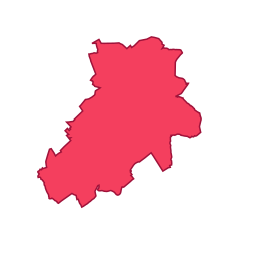 outline of Yauhquemehcan, Tlaxcala, Mexico, rotated 200°
{"feature_id": "50627088B44555224018793", "entity_name": "Yauhquemehcan", "entity_type": "district", "adm_level": 2, "iso_a3": "MEX", "parent_name": "Mexico", "parent_adm1": "Tlaxcala", "projection": "robinson", "projection_center": [-98.182, 19.403], "detail": "fine", "context": "isolated", "style": "filled", "palette": "rose", "viewbox_px": 256, "rotation_deg": 200, "n_neighbors": 0, "source": "geoboundaries", "source_scale": "gbopen_adm2", "svg_char_len": 5582}
<svg xmlns="http://www.w3.org/2000/svg" viewBox="0 0 256 256"><g transform="rotate(200 128 128)"><path d="M122.4,218.1L124.6,218.4L125.4,220.2L129.7,222.5L133.9,222.2L137.2,221.6L139.4,219.3L140.6,218.0L147.2,214.0L150.3,207.4L152.1,204.9L154.0,206.4L156.2,202.2L161.8,204.5L164.1,204.6L165.5,204.9L170.1,202.9L176.7,200.4L179.0,199.5L182.2,198.4L185.6,201.3L190.8,195.2L186.9,196.7L186.6,196.4L186.4,195.7L185.8,194.8L185.4,194.1L184.2,192.5L183.7,192.1L183.2,191.4L183.0,189.8L182.8,189.2L182.3,188.5L183.1,187.8L183.6,187.3L184.6,187.3L185.2,187.1L185.9,186.8L186.7,186.0L188.1,185.3L189.1,184.5L190.0,184.2L189.7,183.4L189.4,183.0L189.2,182.8L189.1,182.5L189.0,182.2L186.6,179.4L185.9,178.2L177.1,168.1L176.7,167.5L177.8,165.3L178.1,165.1L178.8,163.3L179.6,160.1L178.4,159.9L177.8,159.9L177.6,160.1L177.3,160.0L177.1,159.7L176.8,159.6L176.7,159.5L176.2,157.6L176.2,156.9L175.2,156.6L174.7,156.5L174.3,156.5L173.7,155.9L173.4,155.8L172.8,155.8L172.3,155.9L172.0,156.0L171.3,156.0L167.9,156.3L168.5,155.3L170.1,153.4L171.3,151.7L171.2,151.1L171.0,149.9L170.7,148.7L170.6,148.3L170.7,147.8L170.8,147.4L172.5,144.7L174.5,142.3L174.9,141.9L176.3,141.0L176.8,140.7L177.3,140.5L177.8,140.2L178.7,137.5L180.3,132.9L180.9,131.8L176.4,128.5L181.5,118.1L180.8,117.6L181.8,115.4L186.0,113.2L187.7,112.5L181.9,109.5L182.7,107.8L181.6,107.3L182.4,105.5L184.8,106.9L186.2,103.9L181.6,101.6L182.4,101.0L183.2,100.0L181.6,99.1L180.4,98.3L179.4,98.8L178.6,99.1L179.4,97.7L177.5,96.6L181.6,88.6L183.8,83.7L182.5,82.7L184.3,80.7L185.1,79.5L186.0,78.1L186.1,77.7L186.5,77.0L189.1,79.3L193.1,82.3L194.5,81.2L194.2,74.7L193.8,68.7L193.5,67.8L192.4,65.6L191.0,63.1L194.0,60.8L194.8,61.2L194.9,60.8L194.9,60.1L194.9,59.4L195.0,59.2L195.3,59.1L195.9,59.3L196.5,59.1L196.4,58.7L196.7,58.2L196.7,57.6L197.7,56.5L197.8,56.2L197.6,55.7L196.6,54.9L196.1,54.9L195.9,54.7L195.8,54.0L196.2,52.4L196.1,51.7L195.5,50.8L194.1,51.7L193.3,51.4L192.7,50.9L192.4,50.2L192.2,50.0L190.9,50.0L190.2,49.5L189.6,49.3L189.4,48.8L188.0,48.1L187.9,47.1L187.1,45.7L186.3,45.2L185.6,44.3L185.0,43.2L183.2,41.1L181.7,39.6L181.0,39.1L179.7,37.9L179.3,36.9L178.4,35.6L178.1,34.8L177.6,34.7L177.1,34.8L176.5,35.1L175.6,35.6L175.5,36.0L175.2,36.0L174.4,35.8L172.7,35.2L171.9,34.8L171.4,34.9L170.6,34.7L169.3,34.3L169.1,33.9L168.7,33.6L167.6,33.5L165.6,36.8L158.3,47.3L156.2,46.9L153.7,46.9L151.5,43.3L150.9,43.8L150.4,44.0L147.7,40.7L146.0,39.6L144.7,38.1L144.4,37.8L142.8,39.6L142.6,40.1L142.2,40.5L141.4,41.7L140.8,42.3L139.5,44.4L139.0,45.5L138.7,45.7L138.4,46.1L137.3,48.2L137.1,48.5L135.9,50.1L135.3,51.9L135.1,52.2L134.9,53.2L137.1,56.7L137.3,57.1L137.4,57.6L137.3,58.4L136.8,61.8L136.8,62.5L136.7,63.1L136.6,63.4L136.4,63.8L136.1,64.0L135.7,64.3L135.5,63.6L135.1,63.0L135.0,61.9L135.0,61.1L135.1,60.9L135.5,60.1L135.5,59.8L135.2,59.4L134.4,59.1L133.7,59.1L132.9,59.4L131.0,60.3L129.8,60.4L128.9,60.4L126.2,61.1L124.8,62.0L123.3,63.1L122.6,63.4L120.6,63.3L118.7,62.9L116.9,61.8L116.0,61.4L114.8,61.4L114.1,61.8L113.6,62.3L113.1,63.1L112.8,64.5L113.1,66.7L113.3,67.4L113.4,68.7L113.5,70.0L113.4,70.6L112.4,70.7L111.9,71.0L111.6,71.3L107.8,77.9L107.0,79.4L106.6,80.3L105.3,82.2L107.3,83.5L109.1,84.4L108.3,85.5L110.8,87.5L110.2,88.5L110.3,88.8L110.8,88.9L111.3,88.9L111.4,89.5L110.1,95.0L109.3,96.9L108.1,98.4L106.9,99.6L106.6,99.7L105.8,99.9L105.5,100.2L105.1,100.9L101.9,105.8L100.0,109.0L97.8,112.6L94.6,110.3L80.5,99.4L76.6,104.4L74.8,105.5L76.0,107.0L74.4,108.2L74.7,109.4L75.1,110.5L75.3,110.7L75.5,111.3L75.8,112.0L76.0,112.2L76.8,112.8L76.9,113.1L77.0,113.9L76.9,115.3L77.0,115.8L78.3,118.1L79.0,119.2L79.4,119.8L79.6,120.5L79.9,121.3L81.4,124.2L81.7,124.9L81.8,126.0L82.0,126.4L83.1,127.6L83.4,127.9L83.4,128.4L83.7,128.9L83.7,129.3L83.5,129.9L83.5,130.3L83.7,130.6L84.2,131.6L84.4,132.3L85.0,133.6L85.0,134.2L84.9,134.5L84.7,134.8L84.3,134.9L84.3,135.2L84.5,135.4L85.0,135.8L82.2,137.2L81.5,137.2L81.3,137.4L81.2,137.6L80.6,138.1L79.9,138.8L79.6,139.1L78.0,139.6L77.2,139.7L76.1,139.6L75.9,139.3L75.4,139.3L75.1,139.4L75.0,139.5L74.3,139.5L73.6,139.7L72.7,139.7L69.1,140.5L68.2,140.2L67.3,140.2L66.7,140.0L66.2,140.2L65.7,140.8L65.6,141.0L65.4,141.8L65.2,142.0L63.9,141.9L63.7,142.0L63.3,142.2L63.1,142.5L62.8,143.5L62.3,143.5L61.8,143.5L61.1,144.0L60.6,144.6L58.2,148.8L60.9,153.0L61.4,154.0L62.0,159.3L62.1,160.7L62.2,160.9L62.6,161.4L62.6,162.2L63.1,162.8L63.6,163.5L63.9,163.6L63.9,163.8L65.1,165.5L65.4,165.9L65.6,166.0L65.6,166.5L66.0,166.7L66.6,166.6L67.7,166.9L68.7,167.0L69.6,167.3L71.4,167.8L71.7,168.1L71.8,168.2L72.4,169.0L72.8,169.0L73.5,169.3L74.6,170.0L75.9,170.3L76.6,170.6L76.9,170.3L77.0,170.3L77.4,170.4L78.1,171.0L78.5,171.2L79.1,171.3L79.7,171.6L80.0,171.6L80.6,171.5L82.7,172.6L85.7,174.0L86.8,175.1L87.1,174.8L87.3,174.7L88.7,174.9L89.0,175.1L89.3,175.0L89.8,174.8L90.1,174.8L90.8,175.0L91.5,174.6L91.7,174.2L92.1,174.0L92.9,174.1L93.2,174.3L93.6,174.1L93.7,174.4L93.4,174.5L92.7,175.5L89.8,178.5L89.5,179.3L89.1,180.7L88.6,182.8L88.1,184.4L87.5,186.6L86.8,188.9L86.5,190.7L87.0,190.6L87.4,190.3L87.8,189.2L88.1,189.1L88.4,189.1L88.7,189.9L88.8,190.2L89.0,190.4L90.2,191.2L91.0,192.2L91.4,192.5L93.3,193.2L94.0,193.2L97.3,192.6L97.8,192.6L98.4,192.7L99.0,192.8L100.0,192.7L100.5,193.0L101.2,193.3L101.7,193.4L106.0,206.0L105.9,207.8L105.5,209.7L103.7,214.9L103.1,216.0L102.6,217.1L102.7,217.4L105.0,219.3L106.1,219.3L109.5,218.2L110.1,217.9L111.7,217.6L112.7,217.3L113.5,216.7L114.4,216.5L116.0,215.8L116.6,215.6L117.7,216.2L119.0,216.2L119.7,216.0L120.7,215.5L121.2,215.6L121.8,215.5L122.3,215.2L123.0,214.5L122.9,215.0L122.4,218.1Z" fill="#f43f5e" stroke="#9f1239" stroke-width="1.5"/></g></svg>